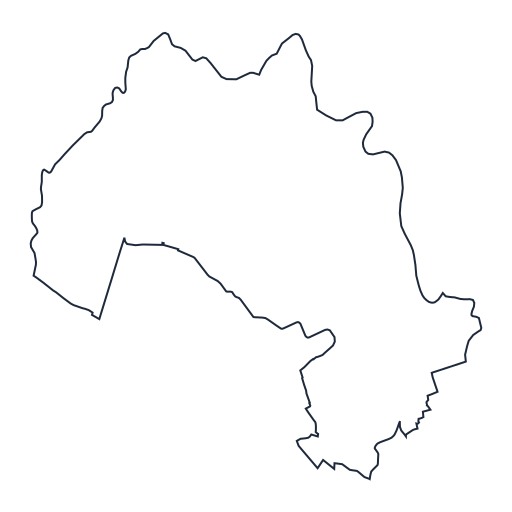 the district of Go Vap, Hồ Chí Minh city, Vietnam
{"feature_id": "81297802B93588362587103", "entity_name": "Go Vap", "entity_type": "district", "adm_level": 2, "iso_a3": "VNM", "parent_name": "Vietnam", "parent_adm1": "Hồ Chí Minh city", "projection": "equal_earth", "projection_center": [106.669, 10.835], "detail": "fine", "context": "isolated", "style": "outline", "palette": "slate", "viewbox_px": 512, "rotation_deg": 0, "n_neighbors": 0, "source": "geoboundaries", "source_scale": "gbopen_adm2", "svg_char_len": 4840}
<svg xmlns="http://www.w3.org/2000/svg" viewBox="0 0 512 512"><path d="M442.8,293.0L440.9,296.0L438.4,299.5L436.4,301.1L434.7,302.3L432.9,302.7L431.2,302.6L428.9,301.9L426.4,300.1L424.2,297.9L422.5,295.4L420.5,290.9L419.0,286.2L418.2,283.3L416.3,275.7L415.4,264.9L413.9,255.0L412.8,250.2L410.8,245.2L404.8,233.9L401.3,226.1L399.8,213.3L400.5,203.3L402.1,194.4L402.8,187.9L401.9,177.4L401.1,173.3L400.7,171.3L396.0,160.1L392.5,155.4L392.3,155.2L389.0,152.6L384.6,151.6L373.0,154.4L368.3,153.8L365.5,151.6L363.3,146.8L362.9,142.8L363.6,139.8L366.2,134.3L372.0,126.1L372.6,121.8L372.4,117.7L370.5,113.7L367.3,111.8L362.7,111.8L356.2,113.1L347.5,117.7L342.7,120.3L336.0,120.3L326.1,115.4L317.1,109.7L316.0,99.5L315.7,96.3L313.3,91.7L311.7,85.9L311.3,81.6L312.2,66.0L311.0,60.1L308.7,56.6L305.9,50.4L302.0,39.5L299.9,35.9L298.5,34.5L295.7,33.9L292.6,35.0L288.8,38.2L282.0,43.5L280.6,46.1L276.7,53.7L271.9,55.5L269.2,57.9L266.4,60.8L261.2,69.8L259.2,74.7L253.1,72.8L252.9,72.8L250.2,72.8L245.3,75.0L236.3,79.3L226.5,79.1L221.4,76.8L210.6,63.1L206.3,58.3L202.8,57.3L195.5,61.0L192.4,59.6L185.5,50.7L180.7,47.9L174.5,46.3L172.0,44.2L170.2,39.3L168.2,34.4L165.2,32.9L162.9,33.4L153.7,40.9L148.9,47.1L147.1,48.1L145.0,49.0L142.2,49.0L140.3,49.4L138.2,51.8L135.3,53.9L131.0,55.8L129.2,57.5L128.3,60.5L127.6,67.4L126.1,71.8L125.3,78.0L125.3,82.4L125.8,89.2L125.1,91.6L123.8,92.9L122.6,92.8L121.3,91.5L119.2,88.4L117.2,87.5L115.2,87.9L113.5,90.1L112.7,92.5L112.6,94.3L112.9,97.6L112.9,100.1L111.9,102.1L110.0,103.3L105.9,104.5L104.3,105.8L103.9,106.2L102.6,108.0L102.2,110.9L102.1,115.8L101.4,118.4L99.6,121.6L94.6,127.5L92.1,130.9L90.9,131.8L87.1,132.3L84.3,134.1L72.8,145.4L64.5,154.3L59.5,160.0L55.1,164.3L51.1,171.6L49.7,172.7L48.6,172.6L45.8,170.6L44.1,169.6L43.2,170.1L42.5,171.4L42.2,172.4L41.8,175.1L41.8,181.9L41.0,187.1L40.9,189.2L42.0,195.7L42.1,202.2L41.5,205.5L40.1,207.2L36.0,209.2L32.6,211.1L32.1,212.1L31.9,213.0L31.8,215.4L31.9,219.4L32.1,221.5L32.8,223.3L35.0,226.1L36.4,228.4L37.3,230.8L37.4,232.7L36.7,233.7L32.7,238.2L31.4,240.6L30.7,243.6L30.9,245.4L31.0,247.0L32.0,248.7L34.5,253.0L35.5,258.6L36.0,262.1L35.9,264.7L33.6,275.7L35.9,277.2L43.2,282.6L43.4,282.7L43.6,282.9L53.2,290.5L56.1,292.3L63.5,298.2L70.8,303.6L73.6,305.1L82.8,308.3L84.7,308.7L88.7,310.1L92.6,312.6L92.0,314.9L99.3,319.1L111.2,280.4L119.9,251.9L124.4,237.7L125.1,241.5L127.1,244.0L135.7,245.2L142.7,244.5L162.2,244.9L162.4,242.8L163.7,243.1L163.6,245.0L169.0,246.5L178.3,249.2L178.0,250.4L193.5,257.1L194.7,258.0L207.4,274.5L209.2,276.4L217.8,281.1L220.6,283.7L226.2,291.4L227.4,291.7L229.3,291.6L230.8,291.7L232.1,292.1L232.5,292.5L233.0,293.5L234.3,295.3L235.2,296.4L236.5,297.1L238.9,297.9L240.7,299.7L251.5,314.4L253.4,317.0L254.4,317.2L262.5,317.6L265.5,318.1L268.0,319.6L276.8,325.8L281.0,328.6L282.1,328.8L283.2,328.5L296.5,322.4L298.1,322.1L299.2,322.6L300.4,323.7L303.5,331.2L305.4,335.8L306.5,337.0L307.7,337.6L308.9,337.5L325.1,329.9L327.4,329.5L329.8,330.3L334.5,337.1L334.8,341.6L333.0,345.5L329.7,348.5L325.4,352.3L322.5,355.0L320.3,355.9L317.6,356.9L316.1,357.2L313.5,359.3L313.1,359.0L310.3,361.1L304.3,367.2L300.3,370.4L302.6,377.5L302.1,378.1L304.2,385.1L306.1,390.6L306.5,393.6L309.8,402.8L309.3,403.1L310.3,405.7L310.0,406.4L305.8,408.6L306.4,409.6L308.4,412.6L313.5,419.8L315.4,422.3L315.7,423.9L315.9,425.8L315.9,429.6L315.7,432.0L317.1,433.3L318.1,433.9L317.8,436.5L311.3,434.5L309.7,436.7L308.1,437.8L305.3,438.3L300.5,438.8L296.8,440.9L298.6,445.8L301.1,448.8L317.6,468.2L323.1,460.0L334.2,468.9L334.5,463.2L337.9,463.6L342.2,464.2L349.8,469.8L352.0,470.2L356.9,470.9L357.8,471.5L359.3,472.7L363.4,476.2L364.5,477.1L369.2,478.8L369.7,479.1L370.4,474.8L371.2,471.6L372.8,469.8L377.6,465.0L377.9,463.2L378.0,460.1L378.2,456.5L378.3,454.0L377.7,452.5L376.6,451.0L375.0,448.8L374.7,448.1L375.3,446.3L376.6,444.5L377.6,443.5L380.2,442.2L385.3,440.3L388.6,439.1L391.5,437.7L393.5,435.9L394.6,434.5L396.4,430.8L397.7,427.3L398.9,423.8L400.0,421.1L399.8,422.3L399.9,425.9L400.0,427.1L401.2,430.4L402.2,431.7L404.4,434.3L405.9,436.4L405.9,435.0L406.1,434.6L406.5,434.2L411.8,430.7L413.2,429.8L414.7,429.3L417.5,428.6L416.4,423.5L417.2,423.7L417.8,423.6L418.4,423.2L419.0,422.4L418.7,422.0L418.4,421.5L418.4,420.8L418.6,418.8L419.7,418.6L421.6,418.0L423.4,417.1L422.9,411.7L430.4,409.7L428.7,407.3L427.9,406.2L426.9,405.4L427.0,405.1L427.0,404.8L426.5,402.8L426.5,402.1L427.1,401.3L428.2,400.0L428.1,398.8L427.6,395.7L431.7,394.2L437.5,391.8L437.2,390.6L435.8,386.6L432.7,377.4L431.7,372.8L465.8,361.6L465.8,361.3L465.1,354.7L467.1,346.2L468.7,340.8L473.2,335.0L478.4,331.4L480.6,330.1L481.3,327.9L478.9,318.0L476.3,316.8L472.5,316.1L471.5,315.1L471.5,313.6L472.2,310.9L473.9,306.7L474.3,303.0L473.0,300.0L470.0,299.2L464.3,299.3L460.1,298.9L454.7,297.4L449.9,297.0L445.7,296.3L442.8,293.0Z" fill="none" stroke="#1e293b" stroke-width="2"/></svg>